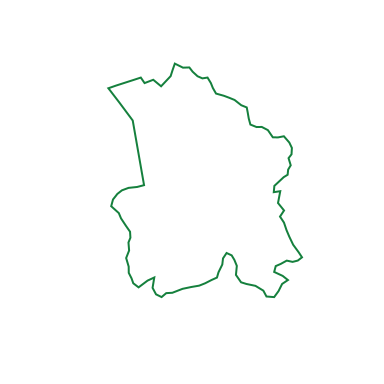 outline of Parobé, Rio Grande do Sul, Brazil, rotated 317°
{"feature_id": "56859067B66345802606616", "entity_name": "Parobé", "entity_type": "district", "adm_level": 2, "iso_a3": "BRA", "parent_name": "Brazil", "parent_adm1": "Rio Grande do Sul", "projection": "mercator", "projection_center": [-50.856, -29.657], "detail": "fine", "context": "isolated", "style": "outline", "palette": "green", "viewbox_px": 384, "rotation_deg": 317, "n_neighbors": 0, "source": "geoboundaries", "source_scale": "gbopen_adm2", "svg_char_len": 1521}
<svg xmlns="http://www.w3.org/2000/svg" viewBox="0 0 384 384"><g transform="rotate(317 192 192)"><path d="M87.9,225.3L99.1,226.5L106.1,228.8L97.8,235.2L95.9,242.3L98.1,248.1L104.2,248.4L108.9,252.3L114.4,254.5L119.1,256.4L126.7,261.0L133.4,265.4L139.3,267.7L146.3,269.7L151.9,271.6L156.6,268.8L164.7,265.7L169.4,261.7L175.7,260.2L177.8,265.4L176.7,270.5L174.4,276.6L167.6,282.6L166.3,291.5L169.1,296.4L174.4,303.9L176.9,312.8L175.2,319.2L180.4,324.9L187.7,323.5L195.2,320.7L202.1,321.8L201.1,315.2L197.6,306.5L202.7,303.3L207.8,305.1L214.5,306.8L217.9,311.7L222.6,314.3L227.9,314.8L228.9,308.9L230.0,299.6L232.7,291.0L235.1,284.4L238.4,277.1L239.6,270.0L246.7,268.3L247.4,258.7L257.1,251.6L251.7,247.9L256.4,243.7L264.0,243.7L269.2,243.7L273.7,244.6L277.6,241.2L282.4,239.8L285.7,233.1L290.5,232.3L295.1,227.9L296.9,222.2L297.2,213.9L292.1,210.7L288.4,207.1L289.7,198.5L287.4,192.0L283.5,188.5L280.7,182.5L283.6,177.0L287.0,171.8L289.7,167.5L287.2,162.1L285.9,153.7L283.4,148.3L280.9,143.3L276.7,136.4L278.2,130.1L280.1,125.2L281.4,118.9L277.1,116.0L275.0,111.1L274.5,104.5L275.0,99.1L270.2,94.9L267.0,86.4L261.1,89.5L255.4,92.7L241.5,93.6L240.2,83.5L231.6,80.0L232.6,73.4L225.9,70.3L209.1,62.4L201.6,59.1L199.9,76.9L197.4,99.3L161.6,154.3L155.3,150.9L148.4,145.7L141.9,143.0L136.1,142.5L129.1,143.6L123.2,147.3L124.1,157.5L122.1,162.9L120.6,171.8L119.6,178.8L115.8,183.4L111.1,185.6L106.1,191.9L98.8,195.4L94.8,203.4L90.6,208.0L88.9,213.9L86.8,218.7L87.9,225.3Z" fill="none" stroke="#15803d" stroke-width="2"/></g></svg>